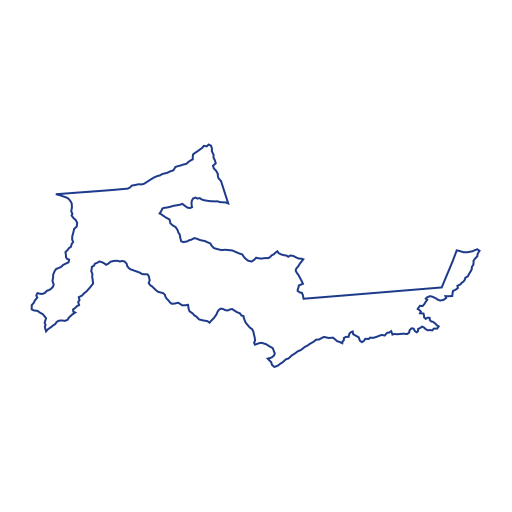 outline of Pilar de Goiás, Goiás, Brazil, rotated 91°
{"feature_id": "56859067B30351228728682", "entity_name": "Pilar de Goiás", "entity_type": "district", "adm_level": 2, "iso_a3": "BRA", "parent_name": "Brazil", "parent_adm1": "Goiás", "projection": "robinson", "projection_center": [-49.514, -14.535], "detail": "fine", "context": "isolated", "style": "outline", "palette": "blue", "viewbox_px": 512, "rotation_deg": 91, "n_neighbors": 0, "source": "geoboundaries", "source_scale": "gbopen_adm2", "svg_char_len": 6081}
<svg xmlns="http://www.w3.org/2000/svg" viewBox="0 0 512 512"><g transform="rotate(91 256 256)"><path d="M246.9,32.6L245.4,34.9L246.3,37.1L247.5,39.7L248.6,45.0L248.6,48.5L248.0,50.7L247.3,53.1L246.9,55.4L258.1,59.4L284.2,69.8L293.7,165.1L297.9,207.7L295.9,208.1L293.9,208.6L292.0,209.5L291.7,211.5L290.1,213.8L288.3,213.6L286.4,212.9L284.7,212.7L283.0,208.6L280.8,209.6L274.3,213.2L271.8,215.1L269.8,216.1L267.8,215.5L265.6,213.6L262.9,212.0L260.3,210.0L258.5,208.7L257.9,210.7L257.8,213.2L256.9,215.5L255.3,218.7L254.9,221.7L256.2,223.8L255.0,225.5L254.8,227.6L254.1,230.5L252.9,233.3L250.9,234.7L252.3,236.6L253.9,238.1L255.1,240.4L256.6,241.7L257.9,243.5L257.9,246.5L258.5,250.8L258.2,253.8L257.7,255.8L259.8,257.7L261.6,260.3L260.8,263.9L258.2,267.2L256.3,268.7L254.7,269.7L253.7,273.0L252.3,276.4L250.9,279.7L250.6,283.1L250.3,286.9L250.7,290.6L249.9,294.2L248.9,298.1L246.7,300.4L244.2,301.9L243.0,305.1L241.9,307.4L241.5,310.2L240.8,313.0L239.9,314.9L239.2,318.0L240.9,321.1L241.4,323.1L242.6,325.0L243.4,329.1L242.5,331.1L238.7,332.1L235.8,332.7L233.8,334.1L231.6,334.8L229.9,335.9L228.4,337.0L227.0,339.6L224.8,342.2L221.0,343.1L219.2,346.6L217.8,348.8L216.1,351.2L215.2,353.1L212.5,351.4L210.2,350.5L209.4,348.5L209.2,346.4L208.6,343.7L207.2,339.1L206.2,333.5L205.2,330.5L207.5,327.4L208.9,325.2L209.2,322.8L208.3,320.8L206.5,321.2L204.5,321.4L202.1,321.2L199.7,320.0L198.6,317.5L199.6,315.6L199.1,313.2L200.4,311.4L201.3,308.2L202.0,302.6L202.1,297.6L202.0,295.4L202.7,293.2L202.9,290.4L202.9,287.7L203.9,284.7L181.7,292.3L178.8,294.9L176.6,295.6L174.8,295.5L173.3,296.4L171.4,297.4L169.2,299.7L166.5,300.6L164.1,297.9L160.9,298.8L158.5,300.2L155.5,300.2L152.0,302.0L149.4,301.9L146.5,302.9L145.4,305.3L147.2,307.2L146.8,310.1L148.9,311.7L150.4,313.8L152.3,316.3L154.0,318.8L155.5,320.7L158.3,321.0L160.5,320.9L161.3,322.6L162.9,324.9L165.1,327.3L165.9,330.5L166.8,332.9L167.6,335.9L168.4,338.1L170.1,339.1L171.8,340.1L173.0,343.6L174.3,345.9L174.9,348.2L175.7,351.3L177.1,353.4L177.8,356.1L179.4,359.6L181.6,363.0L185.7,369.1L186.4,371.4L186.3,374.5L186.9,377.2L187.4,379.3L187.7,381.3L189.7,383.2L190.9,385.5L192.7,402.8L193.0,405.8L197.7,457.2L198.5,453.7L199.9,449.3L201.3,445.5L202.7,443.8L204.8,442.2L206.6,441.2L210.6,440.9L214.6,441.5L217.1,440.3L218.7,441.1L221.3,439.1L223.0,437.0L225.9,435.4L229.7,435.8L232.1,438.3L235.9,439.1L238.1,439.7L239.9,440.1L242.8,440.1L245.1,439.1L247.4,440.6L249.9,441.1L251.6,443.4L253.1,444.3L255.4,446.6L258.2,446.1L260.6,445.9L262.1,444.9L262.9,442.8L265.6,443.3L267.2,446.6L268.4,448.8L270.3,450.6L271.5,453.2L272.4,455.5L274.5,457.0L278.2,458.5L281.4,458.5L284.3,459.1L288.0,457.8L290.1,458.3L292.4,460.4L293.8,462.5L294.3,464.4L296.6,466.4L297.4,468.1L297.7,470.2L297.0,473.9L299.3,475.0L301.5,474.0L304.2,476.2L306.9,477.5L308.9,479.3L311.4,479.4L313.3,479.3L314.3,477.1L314.7,473.4L316.3,471.2L318.0,468.0L321.9,464.8L326.4,466.2L328.6,465.2L330.2,465.9L332.1,465.5L335.0,464.6L333.1,463.0L330.3,459.2L328.9,457.6L327.6,455.6L325.5,454.2L324.3,452.5L323.8,449.5L324.2,446.0L323.1,443.3L320.7,441.9L317.6,438.6L315.7,435.8L314.8,437.7L312.7,438.0L311.1,435.9L309.3,434.2L308.2,432.0L305.1,433.0L303.2,431.7L300.3,432.5L298.6,429.3L296.0,426.9L294.3,424.8L292.2,423.0L290.1,421.2L286.4,418.4L281.9,419.0L280.2,419.4L276.6,419.3L273.9,420.5L271.6,420.0L269.7,419.9L268.6,417.9L266.6,417.0L265.3,414.2L264.2,412.5L264.8,410.1L266.1,407.4L267.4,405.8L266.4,403.8L264.2,401.2L263.4,397.9L263.2,394.5L263.9,391.9L263.3,389.9L263.8,387.3L266.0,385.2L268.2,384.6L270.1,383.2L271.4,381.5L272.4,378.5L274.7,371.8L276.1,369.5L276.2,366.9L276.2,364.2L278.1,362.8L280.2,362.4L282.1,361.8L284.9,362.8L287.1,361.2L288.2,359.4L291.5,355.9L293.5,353.4L294.2,350.5L294.7,348.3L296.4,346.4L298.2,345.9L300.2,344.6L301.8,342.9L304.0,341.1L305.2,339.5L305.1,337.2L304.1,332.9L306.6,328.9L306.5,325.7L306.0,323.1L310.5,322.3L312.4,321.5L314.7,318.1L316.5,316.6L317.6,314.6L320.4,311.8L321.2,308.4L322.0,303.4L323.5,301.3L320.9,299.1L318.6,296.9L315.1,294.5L312.5,293.5L310.4,292.1L309.2,290.1L309.7,287.7L310.7,285.7L311.0,283.4L309.9,281.0L309.4,279.0L312.5,274.1L313.5,271.3L315.8,269.4L316.2,267.5L318.4,267.0L320.8,266.1L322.9,265.1L324.3,263.9L327.7,260.9L329.0,258.8L331.4,257.4L334.1,256.8L337.0,256.0L340.5,255.4L342.6,256.4L344.7,255.5L343.1,251.4L342.7,248.9L344.2,243.9L345.6,241.8L347.8,237.7L353.1,235.5L355.1,236.2L357.0,238.3L357.9,240.4L358.4,242.5L360.5,240.5L361.8,239.0L364.6,238.1L366.6,235.8L365.3,232.3L363.2,229.7L362.1,227.9L360.4,226.0L358.7,224.2L358.0,221.9L356.3,220.0L354.7,218.4L353.7,216.8L352.4,214.9L350.5,212.5L349.4,209.8L347.3,207.1L346.0,205.6L344.9,203.3L343.1,200.9L340.2,196.1L338.6,194.5L338.4,191.5L336.5,188.3L335.7,186.4L336.2,184.4L336.7,181.9L336.5,179.5L336.3,177.6L338.1,175.3L339.7,173.5L340.6,170.6L341.7,168.2L339.9,167.9L338.6,166.7L336.5,166.7L335.3,164.7L335.2,162.0L332.1,161.3L330.7,160.0L329.8,158.0L332.5,157.5L334.0,154.7L335.6,151.8L338.8,150.7L340.3,148.6L338.9,146.6L336.9,145.3L337.0,141.8L335.6,140.4L335.8,137.4L334.9,134.5L333.4,130.8L332.7,128.8L333.3,125.9L331.8,124.7L330.4,123.4L330.2,121.3L328.8,119.6L330.5,118.8L332.2,118.2L331.5,116.0L331.8,113.8L331.4,110.2L331.1,107.0L331.4,103.5L329.9,101.6L327.5,101.1L325.6,99.2L325.9,97.1L328.2,95.9L329.5,94.0L328.2,92.6L326.2,92.7L325.1,90.6L323.7,88.6L324.7,86.6L326.1,85.2L327.3,83.0L327.0,80.6L327.3,78.5L325.5,76.9L325.4,73.6L323.2,72.1L322.1,74.0L320.6,75.4L318.8,77.7L318.3,79.8L316.9,81.1L314.8,81.3L314.7,83.6L315.9,85.2L314.3,86.9L312.2,87.0L310.6,87.6L310.4,91.0L308.6,90.2L307.3,91.6L306.1,93.4L304.4,92.3L302.9,91.1L303.2,88.7L301.5,87.1L299.0,85.6L296.8,84.0L295.7,85.5L294.3,84.2L293.1,81.3L293.7,78.7L294.5,77.0L295.4,75.0L296.6,73.3L297.3,71.0L296.6,67.8L294.8,65.2L292.8,65.9L292.9,63.8L292.6,59.1L287.6,58.5L286.6,56.7L285.6,54.9L284.4,53.6L282.3,54.1L280.9,51.3L279.2,49.8L277.7,47.9L276.0,46.8L274.1,46.3L272.6,43.8L269.7,42.4L267.3,40.9L265.3,40.0L263.2,40.0L260.8,38.5L259.0,38.4L257.0,38.4L254.9,37.1L252.4,34.7L250.3,34.5L248.5,33.6L246.9,32.6Z" fill="none" stroke="#1e3a8a" stroke-width="2"/></g></svg>